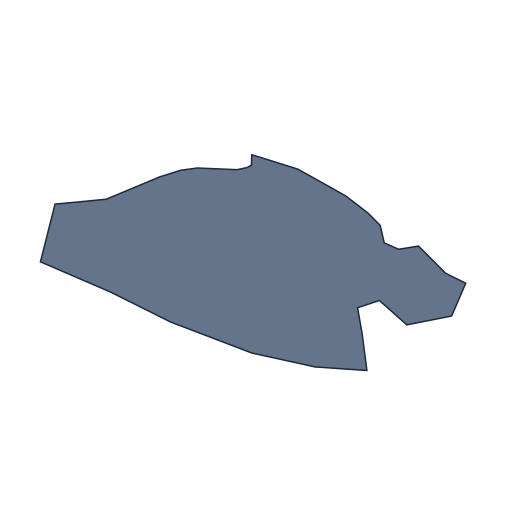 Baldones, Equal Earth projection, rotated 190°
{"feature_id": "LVA-5757", "entity_name": "Baldones", "entity_type": "Municipality", "adm_level": 1, "iso_a3": "LVA", "parent_name": "Latvia", "parent_adm1": "", "projection": "equal_earth", "projection_center": [24.338, 56.724], "detail": "fine", "context": "isolated", "style": "filled", "palette": "slate", "viewbox_px": 512, "rotation_deg": 190, "n_neighbors": 0, "source": "natural_earth", "source_scale": "10m", "svg_char_len": 538}
<svg xmlns="http://www.w3.org/2000/svg" viewBox="0 0 512 512"><g transform="rotate(190 256 256)"><path d="M467.3,212.8L462.9,272.2L413.4,285.9L364.6,317.2L345.2,327.3L329.0,332.5L289.7,337.7L280.2,341.5L276.3,344.7L277.7,355.0L254.2,352.0L229.8,348.8L178.0,330.7L153.1,317.7L139.0,307.7L132.0,291.2L116.8,287.4L97.7,294.0L66.3,271.9L44.7,265.6L52.9,230.9L95.5,214.4L126.8,233.6L147.0,222.7L138.0,198.0L126.9,162.5L178.4,157.0L243.3,159.7L328.4,176.1L393.3,195.3L467.3,212.8Z" fill="#64748b" stroke="#1e293b" stroke-width="1.5"/></g></svg>